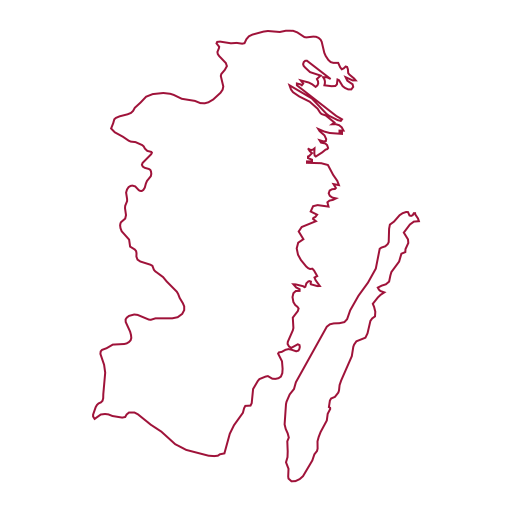 the County of Kalmar
{"feature_id": "SWE-180", "entity_name": "Kalmar", "entity_type": "County", "adm_level": 1, "iso_a3": "SWE", "parent_name": "Sweden", "parent_adm1": "", "projection": "robinson", "projection_center": [16.294, 57.172], "detail": "fine", "context": "isolated", "style": "outline", "palette": "rose", "viewbox_px": 512, "rotation_deg": 0, "n_neighbors": 0, "source": "natural_earth", "source_scale": "10m", "svg_char_len": 6015}
<svg xmlns="http://www.w3.org/2000/svg" viewBox="0 0 512 512"><path d="M338.2,62.9L340.2,67.3L341.8,69.3L343.8,68.3L345.7,66.5L347.1,67.0L347.9,69.3L348.2,73.1L349.3,74.5L354.1,78.5L355.7,80.4L352.6,80.4L345.6,77.2L347.3,80.7L352.6,84.3L353.2,86.9L351.3,89.4L348.2,89.4L344.9,87.9L342.6,86.1L339.0,80.2L337.5,79.5L336.9,84.4L335.3,86.0L331.6,86.2L324.4,85.3L324.9,83.2L324.9,81.1L324.3,79.1L323.1,77.2L327.1,77.3L330.6,79.0L306.9,60.7L305.2,60.8L303.8,62.0L303.1,64.1L303.6,65.8L305.0,67.4L310.0,72.1L320.6,75.6L316.9,79.0L318.0,81.3L318.2,83.5L317.4,85.4L315.6,86.9L312.2,84.3L308.7,82.5L300.7,80.4L303.2,83.5L301.8,85.3L300.5,84.4L296.9,83.5L296.9,85.3L336.3,116.0L342.0,119.3L340.8,120.9L337.6,120.1L328.9,115.7L326.3,113.7L311.8,98.4L289.5,85.3L291.0,89.5L293.0,92.2L299.3,96.5L309.7,101.7L317.6,108.7L320.1,112.6L321.5,114.0L325.8,115.5L334.4,122.5L332.0,124.3L335.8,124.2L339.1,125.2L341.7,127.3L343.5,130.6L339.5,130.6L339.5,132.2L342.0,132.2L342.0,133.9L329.7,133.0L324.1,131.5L318.3,129.0L319.6,131.1L324.5,135.4L326.2,139.1L325.8,141.1L323.4,141.4L319.5,140.2L321.0,142.6L325.3,143.5L327.1,145.1L328.1,148.0L327.3,149.1L325.6,149.6L322.2,152.4L315.8,156.5L314.7,155.6L314.3,153.4L314.5,148.4L313.0,149.6L311.4,150.0L309.7,149.6L308.0,148.4L309.8,151.2L312.0,153.1L309.3,155.9L308.0,156.5L308.0,158.1L312.0,159.7L312.0,161.4L307.0,161.4L307.0,162.8L321.2,163.2L327.9,165.0L333.1,174.8L337.3,180.9L338.9,185.1L333.5,184.1L335.9,188.0L334.9,189.0L332.2,189.2L329.7,190.5L328.7,193.3L329.8,195.8L332.4,197.6L336.0,198.4L332.9,199.9L329.5,200.6L327.4,202.3L328.5,206.6L317.6,205.1L313.1,206.2L310.7,211.5L317.1,214.7L315.4,216.9L313.4,217.9L313.0,218.9L315.9,221.2L301.7,227.0L298.7,231.5L303.4,239.2L298.2,242.7L296.7,248.4L298.0,254.7L300.9,260.0L306.2,266.5L308.2,268.2L310.1,269.0L312.4,268.7L314.1,270.6L317.2,276.1L314.5,277.5L315.6,280.2L319.8,286.0L317.4,286.1L310.9,284.3L310.6,283.7L310.9,281.6L309.5,281.1L308.4,281.4L306.4,283.3L305.3,286.8L304.5,287.2L303.1,286.2L295.7,284.4L293.4,284.3L296.2,287.5L299.6,289.2L299.6,290.9L295.8,291.0L293.4,293.2L292.5,297.1L293.4,302.1L295.2,305.0L297.4,306.8L298.6,308.5L297.8,311.1L292.8,317.6L293.4,328.0L292.8,330.4L287.8,341.8L287.6,344.0L289.1,346.6L291.4,347.8L297.8,344.3L299.5,345.1L299.8,347.0L299.3,349.1L298.4,350.6L296.2,351.3L291.2,349.6L288.4,349.1L285.5,349.8L281.7,351.9L278.9,352.4L278.1,353.6L282.0,361.3L282.6,368.9L282.3,373.2L280.9,376.6L278.5,378.2L275.4,378.9L272.3,378.7L267.9,376.1L265.5,376.6L259.4,379.1L257.8,381.0L253.1,389.0L251.7,403.2L250.5,405.6L245.3,405.9L244.1,408.2L242.9,412.8L234.0,425.2L229.8,433.7L224.4,453.4L219.9,454.3L217.9,455.7L214.3,456.1L208.5,455.7L186.2,449.9L175.2,444.2L161.3,431.6L150.9,424.8L137.9,414.3L134.4,412.5L129.0,412.5L126.6,414.5L125.2,417.0L122.2,417.6L112.4,416.0L108.4,414.4L105.0,414.0L100.8,414.5L94.6,418.9L93.1,416.5L93.1,414.6L95.7,407.1L97.0,404.9L98.6,403.4L100.9,402.4L102.5,400.8L103.2,398.2L103.3,394.1L105.2,372.7L104.1,364.8L100.4,353.9L100.7,351.4L102.0,349.9L106.6,348.2L112.8,344.6L124.3,344.0L126.7,343.4L129.0,342.0L130.6,340.3L131.3,338.0L131.0,335.0L130.1,331.6L125.7,322.0L125.6,319.4L126.8,317.6L129.0,315.9L134.2,314.5L137.6,314.9L148.9,319.6L150.8,319.8L155.6,318.3L172.4,318.3L177.7,317.2L182.2,313.9L184.2,310.1L184.2,306.4L182.9,303.3L179.7,298.0L178.1,293.9L176.8,291.7L166.6,281.4L163.1,277.1L155.2,271.3L153.9,269.8L152.4,265.8L150.4,264.7L140.3,261.5L137.5,259.6L136.4,256.6L136.5,253.2L136.1,251.1L134.8,249.5L130.1,246.6L129.1,239.6L121.7,231.3L120.5,228.2L120.1,225.3L120.5,223.2L121.1,222.1L125.2,218.6L126.0,215.1L125.0,208.1L125.2,205.8L127.1,201.1L127.1,199.1L126.1,192.6L127.0,189.5L128.6,187.1L130.6,185.9L132.4,185.6L135.2,186.4L138.8,190.2L140.2,190.9L141.7,191.0L143.3,190.0L144.8,187.6L145.9,183.5L147.0,180.9L150.8,176.2L151.3,173.9L151.0,171.5L150.3,169.9L148.9,169.0L144.7,167.8L142.8,166.6L141.9,164.8L142.6,162.9L151.2,154.2L151.9,152.7L151.3,151.9L147.3,150.9L144.9,148.6L143.7,146.4L142.2,145.1L135.5,142.1L130.8,141.6L128.7,140.7L123.0,136.8L114.8,132.3L111.1,128.5L113.2,123.2L114.3,119.3L115.9,117.9L119.7,116.3L127.6,114.3L131.0,112.9L133.1,110.9L134.8,107.8L140.5,102.6L146.1,96.7L152.7,94.1L163.3,93.0L170.3,93.8L173.7,94.9L181.8,98.8L194.9,100.9L200.3,103.1L204.7,103.3L208.4,102.3L213.2,99.5L220.5,92.8L222.6,89.7L223.3,86.5L220.8,76.0L221.3,74.0L224.8,69.9L226.9,66.1L225.8,63.0L219.2,56.1L217.8,54.1L217.4,52.0L218.9,48.3L219.2,46.8L216.5,43.4L217.2,41.9L220.1,41.6L230.9,43.3L236.7,42.9L242.2,43.7L244.5,43.2L246.4,39.2L248.9,36.3L252.4,34.6L263.5,31.6L267.9,31.0L279.8,32.0L286.0,30.7L293.1,30.8L297.3,32.4L304.4,37.1L306.4,37.4L313.3,36.6L316.1,36.8L318.6,37.9L320.6,39.7L321.7,41.8L324.3,52.8L325.7,56.0L328.3,59.9L330.7,62.1L333.5,62.9L338.2,62.9ZM418.9,221.2L413.9,221.6L409.9,224.5L403.8,232.6L408.0,239.4L408.3,243.0L405.5,249.1L405.3,252.1L401.4,253.7L399.1,261.6L391.4,272.0L390.4,275.4L389.1,281.6L385.9,284.3L381.8,285.6L377.8,287.6L378.9,289.6L380.4,291.0L384.3,292.4L380.6,294.8L377.9,297.4L372.8,303.8L374.1,306.9L375.3,311.8L375.0,316.4L372.2,318.4L370.4,320.9L367.5,333.4L365.4,337.7L356.4,341.3L354.1,344.6L353.3,346.8L351.8,356.2L341.2,380.4L339.6,385.0L339.0,390.5L338.3,392.6L334.9,396.9L331.1,398.5L329.9,400.6L328.9,407.1L330.1,407.8L330.2,409.0L327.7,413.8L326.8,420.5L320.6,432.0L318.7,436.9L317.5,441.3L317.6,448.6L317.0,451.0L314.4,454.3L312.3,460.5L303.0,476.2L299.7,479.1L295.5,481.1L291.5,481.3L288.5,478.6L288.2,476.5L288.5,468.8L286.0,462.3L287.5,457.2L287.7,451.4L287.3,441.3L288.8,437.6L287.7,433.4L285.7,428.9L284.6,424.4L286.0,404.1L286.5,401.8L289.7,394.4L294.0,389.0L295.9,382.2L326.8,326.7L329.9,324.3L333.8,323.4L339.4,323.2L344.4,322.1L347.1,319.2L350.2,310.3L358.5,295.7L368.0,282.6L375.8,268.6L379.7,248.8L381.4,247.6L385.3,246.3L387.7,244.1L388.7,242.1L389.1,228.7L389.9,224.6L394.0,221.6L399.6,215.2L402.6,213.2L406.1,212.0L408.0,212.1L409.5,215.5L411.1,215.9L412.7,215.2L413.8,213.2L415.1,213.2L415.2,214.3L418.0,218.5L418.9,221.2Z" fill="none" stroke="#9f1239" stroke-width="2"/></svg>